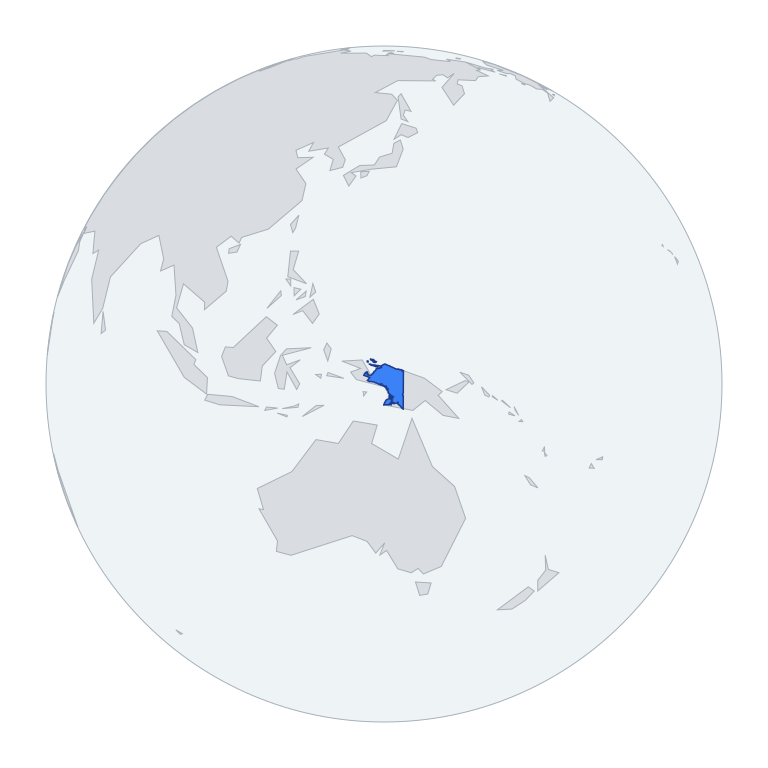 Papua on an orthographic globe
{"feature_id": "IDN-558", "entity_name": "Papua", "entity_type": "Province", "adm_level": 1, "iso_a3": "IDN", "parent_name": "Indonesia", "parent_adm1": "", "projection": "orthographic", "projection_center": [137.674, -4.867], "detail": "fine", "context": "on_globe", "style": "filled", "palette": "blue", "viewbox_px": 768, "rotation_deg": 0, "n_neighbors": 0, "source": "natural_earth", "source_scale": "10m", "svg_char_len": 11845}
<svg xmlns="http://www.w3.org/2000/svg" viewBox="0 0 768 768"><circle cx="384" cy="384" r="338" fill="#eef3f6" stroke="#a8b0b8"/><path d="M602.6,456.8L602.5,459.3L602.1,459.6L602.6,456.8ZM552.4,91.0L543.0,86.3L547.4,90.0L538.2,84.4L553.7,97.8L550.0,101.3L547.7,93.2L542.5,89.4L536.7,89.0L530.1,85.2L523.5,83.2L516.1,79.1L515.3,75.9L510.6,73.6L506.7,73.6L496.9,70.3L503.3,70.4L486.8,65.1L482.5,61.2L493.8,64.4L523.8,76.3L552.4,91.0ZM677.5,264.1L674.6,256.6L678.3,261.2L677.5,264.1ZM671.5,252.3L672.8,254.7L671.5,252.7L671.5,252.3ZM669.7,250.9L671.0,251.9L669.7,251.5L669.7,250.9ZM667.4,250.0L668.5,250.1L668.5,250.4L667.4,250.0ZM663.1,246.4L661.8,245.3L662.6,244.6L663.1,246.4ZM552.1,94.3L554.4,94.5L554.4,95.7L552.1,94.3ZM523.9,83.7L525.3,85.1L521.3,83.6L523.9,83.7ZM506.3,76.2L499.3,73.9L506.3,75.6L506.3,76.2ZM495.2,72.2L478.4,67.7L480.2,69.9L465.7,62.1L484.8,67.9L493.0,69.3L491.3,70.1L495.2,72.2ZM460.3,59.1L456.2,57.9L460.4,58.6L460.3,59.1ZM262.2,68.8L265.9,67.4L268.4,66.5L270.3,65.8L266.2,67.8L269.4,66.6L272.0,65.4L280.1,62.5L292.8,58.8L290.6,59.7L285.7,61.1L272.2,66.3L259.6,71.0L260.0,71.1L270.4,67.4L286.9,60.9L295.1,58.5L288.2,60.9L291.4,59.8L294.8,58.9L296.1,59.2L304.1,56.5L344.4,49.9L351.0,51.1L340.4,53.2L366.3,53.1L371.6,56.7L374.0,55.2L388.1,55.6L386.6,54.4L388.9,53.8L424.3,57.1L430.9,59.5L448.9,61.5L450.2,61.0L446.3,59.2L465.7,62.1L480.2,69.9L476.6,70.4L488.2,75.9L478.3,76.7L475.5,80.6L458.0,79.8L457.3,84.0L462.0,85.8L464.5,93.7L453.6,105.2L442.0,87.4L454.2,73.4L447.5,77.8L442.9,74.7L436.7,75.3L432.5,79.3L435.7,80.9L397.7,80.6L375.3,92.6L391.7,94.2L397.4,100.3L386.2,120.7L338.3,147.0L345.3,159.7L342.7,167.3L329.9,170.6L333.3,159.3L324.4,154.2L328.3,148.0L308.8,151.2L313.5,142.5L296.0,150.3L297.7,157.7L313.1,157.3L296.0,169.0L305.9,183.6L302.0,200.5L268.4,229.1L241.7,237.4L239.0,243.1L231.1,236.2L216.4,247.3L228.0,281.3L226.2,291.2L204.4,309.7L204.7,302.2L183.5,283.8L176.6,307.8L192.5,328.1L197.8,352.5L184.3,344.7L179.2,323.5L171.8,316.4L176.0,295.3L174.0,265.1L160.5,271.0L163.7,259.0L158.9,235.4L140.7,243.7L110.4,276.9L102.7,308.4L93.8,323.2L91.7,279.2L98.7,250.1L92.9,253.6L94.9,231.1L84.0,233.4L86.9,226.5L83.8,230.7L85.9,224.9L90.6,216.4L104.1,194.6L119.3,173.9L136.0,154.5L154.1,136.3L173.6,119.6L194.2,104.4L216.0,90.8L238.7,78.9L262.2,68.8ZM82.4,231.6L76.1,245.1L77.5,243.5L84.8,230.4L79.8,241.6L78.4,250.6L64.1,280.7L57.5,296.9L68.2,263.6L82.4,231.6ZM52.9,316.7L54.1,312.2L52.5,320.2L47.3,354.9L52.9,316.7ZM116.2,177.9L116.4,178.0L129.6,161.7L130.7,160.7L134.8,155.9L130.5,160.6L134.0,156.6L116.2,177.9ZM146.3,143.8L147.2,143.0L153.9,136.5L146.3,143.8ZM175.8,629.8L182.3,633.7L180.4,634.4L175.8,629.8ZM58.1,473.4L57.0,468.8L53.6,453.5L58.3,471.1L77.6,526.2L77.9,527.2L66.9,500.7L58.1,473.4ZM277.1,413.1L287.3,415.3L287.0,416.9L277.1,413.1ZM266.5,407.0L277.7,408.1L264.8,410.4L266.5,407.0ZM282.2,408.6L293.7,406.2L298.7,404.0L298.0,407.3L282.2,408.6ZM258.9,406.7L219.7,404.8L204.7,400.1L207.8,394.3L232.0,396.5L258.9,406.7ZM206.6,394.1L184.3,377.4L157.3,330.8L166.8,331.4L195.8,359.6L193.9,364.5L207.4,377.6L206.6,394.1ZM262.3,366.0L260.3,381.0L238.2,378.6L228.4,375.8L221.6,356.4L225.4,346.9L233.3,347.5L266.3,316.7L277.3,325.2L266.6,338.2L275.8,351.5L262.3,366.0ZM103.1,311.4L105.5,330.1L101.1,333.6L103.1,311.4ZM281.4,295.5L266.9,308.4L280.7,290.9L281.4,295.5ZM290.7,279.1L290.7,285.9L286.0,279.0L290.7,279.1ZM237.0,252.0L228.6,253.3L229.2,248.7L240.5,244.4L237.0,252.0ZM298.9,215.2L295.5,228.2L292.8,232.6L290.5,224.4L298.9,215.2ZM308.5,54.6L308.4,54.6L308.5,54.6ZM340.2,50.0L347.6,48.8L348.7,49.1L347.1,49.4L340.2,50.0ZM341.7,49.5L342.9,48.8L349.8,48.0L347.5,48.6L341.7,49.5ZM528.3,586.8L534.2,591.1L525.2,600.4L511.9,609.1L497.4,609.8L528.3,586.8ZM419.7,595.4L415.5,582.0L431.1,583.0L427.8,594.0L419.7,595.4ZM537.8,580.3L545.7,570.2L545.2,555.2L548.4,569.5L558.9,572.7L537.8,591.0L537.8,580.3ZM352.1,535.6L291.0,555.3L276.4,551.4L277.5,540.9L259.0,508.8L263.5,509.6L257.3,488.5L291.9,471.6L316.0,439.6L338.3,443.5L353.3,421.0L377.2,425.1L371.6,443.5L398.3,459.1L412.0,418.3L432.4,466.6L454.6,486.5L465.6,518.3L441.3,566.4L423.4,574.0L418.2,568.4L411.2,572.8L397.8,568.8L386.6,550.5L379.9,555.0L384.7,542.8L375.8,553.1L367.1,541.4L352.1,535.6ZM524.9,475.6L529.4,477.8L537.9,487.9L530.5,484.8L524.9,475.6ZM591.3,463.6L594.2,468.3L589.1,468.0L591.3,463.6ZM602.1,459.6L596.1,459.7L602.6,456.8L602.1,459.6ZM544.3,452.2L546.9,455.7L545.1,456.3L544.3,452.2ZM542.3,450.8L544.5,446.6L544.6,451.3L542.3,450.8ZM519.1,421.5L521.5,419.6L522.8,421.7L519.1,421.5ZM302.3,416.5L316.1,405.6L324.0,405.3L302.3,416.5ZM515.0,415.8L508.6,414.2L509.1,411.9L515.0,415.8ZM515.1,410.1L514.1,406.6L518.7,415.4L515.1,410.1ZM502.4,400.3L510.5,407.7L501.6,400.9L502.4,400.3ZM497.9,400.3L492.2,396.7L492.6,395.7L497.9,400.3ZM438.2,395.3L458.8,418.4L443.1,415.4L425.2,400.5L412.8,410.4L383.7,404.9L389.8,398.5L385.5,387.1L356.4,379.6L350.6,372.1L360.6,368.4L341.9,361.1L362.3,360.0L371.0,375.2L382.6,365.4L403.6,370.7L424.6,378.3L442.2,391.6L438.2,395.3ZM363.1,391.6L366.7,392.0L363.7,396.0L363.1,391.6ZM481.5,386.8L489.7,395.3L488.8,396.9L484.9,395.2L481.5,386.8ZM446.1,389.7L464.8,380.7L469.3,381.7L457.1,393.2L446.1,389.7ZM459.9,372.2L468.8,375.3L473.8,382.9L472.0,384.4L459.9,372.2ZM321.5,374.2L320.8,378.2L315.7,374.6L321.5,374.2ZM328.1,372.5L343.9,378.3L326.7,375.7L328.1,372.5ZM282.4,355.3L286.7,364.8L300.3,359.8L290.0,367.7L299.7,383.8L296.7,389.5L287.0,372.0L284.3,389.2L278.3,388.5L274.6,373.4L280.4,355.8L286.4,348.9L311.3,347.7L282.4,355.3ZM327.8,361.0L323.7,349.8L326.9,343.0L331.2,349.0L327.8,361.0ZM312.5,323.4L302.7,310.6L293.0,314.5L313.3,299.3L319.2,314.0L312.5,323.4ZM305.3,296.5L296.1,299.9L306.1,291.1L305.3,296.5ZM294.2,295.8L294.0,287.6L300.8,289.2L294.2,295.8ZM309.9,297.2L312.9,283.6L315.7,292.0L309.9,297.2ZM293.2,269.6L306.5,283.7L287.8,276.7L290.5,251.1L298.7,251.1L293.2,269.6ZM360.9,178.0L360.8,171.8L369.2,171.3L366.9,175.7L360.9,178.0ZM396.4,166.8L371.4,169.2L351.3,172.6L356.0,176.0L348.8,186.1L343.4,175.4L359.7,165.5L374.4,165.0L379.5,157.1L392.1,153.2L393.9,143.3L400.3,140.0L403.2,149.1L396.4,166.8ZM394.1,139.2L401.7,123.6L416.1,128.2L417.7,132.6L408.1,137.5L401.1,134.7L394.1,139.2ZM407.8,121.5L401.1,119.0L398.1,96.9L401.1,93.7L411.0,111.3L405.1,110.1L403.3,115.2L407.8,121.5ZM455.9,58.5L456.1,57.9L458.7,59.0L455.9,58.5ZM387.7,53.2L391.2,52.6L394.1,53.4L387.7,53.2ZM402.4,51.8L396.7,51.3L403.7,51.5L402.4,51.8ZM383.8,50.4L394.9,50.8L383.0,51.1L383.8,50.4Z" fill="#d9dde1" stroke="#a8b0b8" stroke-width="1"/><path d="M403.4,370.7L403.3,392.7L403.2,392.9L403.3,393.1L403.2,393.3L403.1,393.5L403.0,393.8L403.0,394.0L402.9,394.1L402.6,394.4L402.7,394.6L402.6,394.9L402.8,395.2L402.7,395.3L402.9,395.5L403.0,395.8L403.1,396.0L403.3,396.0L403.2,409.0L402.5,408.7L401.2,407.3L400.5,406.3L399.8,405.6L399.7,405.4L399.3,405.3L399.0,404.9L397.8,403.9L397.5,403.6L397.4,403.3L397.5,403.2L397.9,403.0L397.9,402.2L398.1,402.1L398.3,402.1L398.5,401.8L398.3,402.0L397.9,402.0L397.8,402.8L397.4,403.1L395.4,403.2L394.7,403.5L394.0,403.7L393.6,403.6L393.2,403.3L393.1,403.1L393.2,402.9L393.2,402.6L393.0,402.4L393.3,402.4L393.0,402.2L392.9,402.3L393.0,402.5L393.1,402.9L392.9,403.0L392.3,403.3L391.6,403.8L391.4,404.2L391.2,404.2L390.8,403.4L390.8,403.2L391.3,402.9L391.2,402.7L391.3,401.9L391.7,401.7L391.8,401.0L392.1,400.3L392.3,400.1L392.3,399.9L392.0,399.6L391.4,399.5L391.3,399.1L391.0,398.6L390.2,398.0L389.8,397.7L391.2,397.8L391.4,397.8L391.8,398.0L392.7,398.0L392.8,398.0L393.0,397.6L392.7,397.8L392.1,397.8L391.4,397.5L390.8,397.4L390.4,397.3L389.3,396.2L389.2,396.1L389.3,395.9L389.5,395.9L390.2,396.0L390.6,395.7L391.4,395.7L391.7,395.8L391.9,396.0L392.2,396.3L392.5,396.4L392.9,396.4L392.2,396.1L391.6,395.6L390.8,395.5L390.3,395.1L389.9,394.9L389.8,394.6L390.8,394.9L390.1,394.4L389.6,393.9L388.6,393.1L388.2,392.2L388.2,391.7L388.1,391.2L387.5,390.2L387.7,389.9L388.1,389.8L388.3,389.7L387.8,389.8L387.1,389.7L386.8,389.3L387.4,389.0L388.0,388.8L387.9,388.7L387.4,388.8L386.8,389.1L386.5,389.1L386.4,389.1L386.2,388.3L386.6,387.9L386.3,387.8L386.3,387.2L386.2,387.3L386.1,387.6L385.9,387.6L385.4,387.1L385.4,386.9L385.5,386.7L385.4,386.7L385.1,386.9L384.8,386.9L384.6,386.6L384.8,386.3L384.5,386.4L384.3,386.4L384.1,386.0L383.9,386.1L383.4,385.9L383.5,385.7L383.4,385.5L383.2,385.7L382.8,385.4L382.6,385.4L382.3,385.3L382.1,385.1L382.2,384.9L382.1,385.0L381.8,384.8L381.6,384.9L381.7,384.4L381.4,384.6L381.4,384.8L380.9,384.6L380.7,384.7L380.6,384.1L380.3,384.5L380.1,384.5L379.7,384.3L379.7,384.2L379.9,384.1L379.2,384.4L378.9,384.3L378.9,384.1L378.5,384.1L376.4,382.9L375.7,382.9L374.4,382.4L373.9,381.9L372.9,381.8L372.7,381.8L372.1,381.8L371.7,381.6L371.0,381.5L370.8,381.4L369.9,381.6L369.4,381.6L368.0,380.8L367.9,380.5L367.5,380.4L369.8,377.5L363.8,375.3L363.9,374.9L364.2,374.3L365.0,373.5L365.0,373.1L366.3,372.1L366.5,372.8L366.9,372.9L367.4,372.4L367.4,372.7L367.4,373.1L367.2,373.3L367.2,373.8L367.4,373.9L367.5,374.4L367.7,374.6L367.8,374.6L368.0,374.4L368.0,374.7L368.2,375.0L368.7,375.0L368.9,375.2L369.9,375.2L370.3,375.3L371.2,375.1L371.6,374.7L371.8,374.2L372.7,373.8L372.8,373.6L372.6,373.5L372.7,373.3L373.0,373.3L373.2,373.1L373.5,373.0L373.7,372.8L373.8,372.7L373.7,372.3L373.9,372.0L373.9,371.7L374.1,371.5L374.3,371.3L374.6,371.1L375.3,370.8L375.7,370.4L375.9,369.7L376.2,369.3L376.2,368.8L376.4,368.5L376.7,368.3L377.0,368.3L377.3,368.2L377.3,368.4L377.6,368.5L377.9,368.5L378.2,368.6L378.3,368.5L378.6,368.6L379.2,368.2L379.7,368.1L379.7,367.9L379.9,367.8L381.1,367.7L381.4,367.5L381.2,367.1L381.3,367.0L381.2,366.8L380.6,366.4L380.8,365.9L382.1,365.4L382.9,364.9L383.1,364.7L385.0,364.0L385.5,364.1L386.4,364.8L387.3,365.0L388.0,365.4L389.8,365.9L390.9,366.8L391.5,366.9L392.4,367.2L393.5,367.8L394.1,368.0L394.8,368.5L395.8,368.8L396.4,369.2L396.9,369.3L398.1,369.2L398.3,369.0L398.6,369.1L398.9,369.5L399.7,369.8L399.9,369.7L400.0,369.7L399.8,369.5L400.6,369.7L401.3,369.7L402.1,370.1L402.0,370.5L401.8,370.7L402.0,370.9L402.1,370.7L402.3,370.8L403.4,370.7ZM391.4,399.8L392.2,400.0L391.7,400.8L391.6,401.5L391.1,401.9L391.1,402.5L391.2,402.9L390.8,402.9L390.4,403.3L389.8,403.5L389.4,404.0L388.9,404.3L388.5,404.7L388.1,404.9L387.6,404.9L386.9,404.7L385.0,404.7L384.5,404.8L384.0,405.0L383.8,405.0L383.8,404.8L384.5,402.9L384.7,402.7L384.8,402.4L385.3,401.4L385.7,400.9L385.9,400.3L386.4,399.9L387.3,399.3L388.2,399.0L389.5,398.7L390.1,398.7L390.6,398.8L391.1,399.6L391.4,399.8ZM376.3,361.8L375.9,362.3L375.1,362.5L374.7,362.5L374.3,362.3L374.1,362.2L373.7,362.3L373.2,362.0L373.2,361.5L373.0,361.3L372.7,360.3L372.6,360.2L372.1,360.6L371.1,359.8L371.1,360.1L370.9,360.0L370.6,359.6L370.4,359.1L370.5,359.0L371.2,359.3L371.7,359.3L371.8,359.4L372.2,359.4L372.3,359.6L372.5,359.6L372.8,359.7L373.1,359.5L373.4,359.5L374.5,360.5L374.8,361.0L375.1,361.3L375.3,361.6L375.7,361.5L375.9,361.5L376.0,361.7L376.3,361.8ZM379.1,365.7L379.4,365.9L379.3,366.0L378.4,366.1L377.9,366.4L377.3,366.3L377.4,366.5L377.1,366.4L376.8,366.5L376.1,366.3L375.8,366.4L375.7,366.6L375.4,366.4L375.2,366.3L374.5,366.2L373.5,365.7L373.2,365.7L372.5,365.4L372.3,365.4L372.1,365.3L371.9,365.4L371.7,365.3L371.2,365.3L371.0,365.0L370.9,365.0L370.7,364.8L371.1,364.7L371.7,364.8L373.5,365.0L373.9,364.9L374.3,365.1L374.5,365.0L375.3,365.1L375.5,365.1L375.8,365.2L376.3,365.5L376.8,365.4L377.8,365.6L378.3,365.5L379.1,365.7ZM391.1,404.5L391.2,404.8L390.0,404.8L389.6,404.7L389.2,404.6L389.2,404.3L389.7,403.9L389.8,403.6L390.5,403.4L390.8,403.6L390.8,404.1L391.1,404.5ZM368.2,361.4L368.2,361.7L368.0,362.0L367.8,362.0L367.4,362.0L367.1,361.4L367.2,361.0L367.5,360.9L367.9,361.0L368.0,361.2L367.9,361.5L368.0,361.7L368.1,361.4L368.2,361.4ZM390.2,395.2L390.5,395.6L390.3,395.8L390.1,395.8L389.9,395.7L389.6,395.2L389.6,394.9L389.9,395.2L390.2,395.2ZM369.9,364.0L370.2,364.1L369.9,364.3L369.3,364.3L368.8,364.2L369.6,364.1L369.9,364.0Z" fill="#3b82f6" stroke="#1e3a8a" stroke-width="1.5"/></svg>